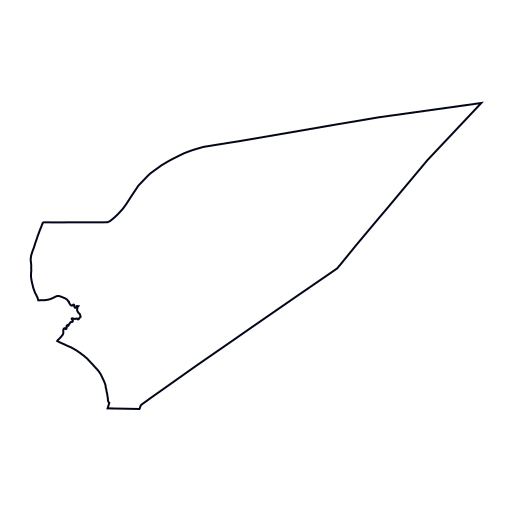 Ma'rib, Ma'rib, Yemen (Mercator projection)
{"feature_id": "15242507B71405176462371", "entity_name": "Ma'rib", "entity_type": "district", "adm_level": 2, "iso_a3": "YEM", "parent_name": "Yemen", "parent_adm1": "Ma'rib", "projection": "mercator", "projection_center": [45.401, 15.638], "detail": "fine", "context": "isolated", "style": "outline", "palette": "ink", "viewbox_px": 512, "rotation_deg": 0, "n_neighbors": 0, "source": "geoboundaries", "source_scale": "gbopen_adm2", "svg_char_len": 5340}
<svg xmlns="http://www.w3.org/2000/svg" viewBox="0 0 512 512"><path d="M43.1,222.2L42.7,223.0L42.5,223.7L42.4,223.7L42.2,224.3L41.9,224.9L41.7,225.6L41.5,226.2L41.2,226.9L41.0,227.5L40.7,228.1L40.4,228.7L40.1,229.7L39.8,230.3L39.5,231.2L39.2,231.9L39.0,232.6L38.6,233.5L38.4,234.1L38.1,235.0L37.8,235.7L37.5,236.4L37.3,237.3L37.1,238.0L35.8,241.6L35.5,242.4L35.2,243.3L35.0,244.0L34.8,244.8L34.5,245.6L34.3,246.4L34.1,247.0L34.0,247.4L33.8,247.9L33.5,248.6L33.2,249.4L32.9,250.1L32.6,251.0L32.4,251.6L32.1,252.4L31.9,253.3L31.5,254.2L31.3,255.1L31.1,255.8L31.0,256.6L30.9,257.4L30.8,258.1L30.7,258.9L30.7,259.5L30.7,260.3L30.8,261.2L30.9,261.9L31.0,262.7L31.1,263.6L31.2,264.4L31.2,265.2L31.2,266.1L31.2,266.8L31.2,267.6L31.2,268.4L31.2,269.2L31.3,270.0L31.3,270.8L31.2,271.5L31.1,272.3L31.1,273.2L31.0,274.1L31.0,274.8L31.0,275.8L31.0,276.5L31.0,277.0L31.1,277.5L31.2,278.3L31.3,279.1L31.5,279.9L31.6,280.7L31.7,281.4L31.9,282.1L32.0,282.8L32.2,283.5L32.4,284.3L32.6,285.0L32.8,285.9L33.0,286.9L33.2,287.6L33.3,288.0L33.4,288.3L33.7,289.1L34.0,289.8L34.2,290.5L34.5,291.3L34.7,291.9L35.0,292.7L35.4,293.4L35.8,294.2L36.2,294.9L36.6,295.7L36.9,296.4L37.2,297.0L37.5,297.6L37.7,298.3L37.9,299.0L38.2,299.8L38.3,300.3L39.0,300.3L39.7,300.3L40.6,300.2L41.3,300.2L42.0,300.2L42.7,300.2L43.5,300.2L44.2,300.2L44.8,300.1L45.5,300.1L46.9,299.9L48.3,299.6L49.6,299.3L50.8,298.9L52.9,298.0L54.5,297.2L55.4,296.7L56.2,296.4L56.9,296.1L57.8,296.0L58.3,296.0L59.1,296.1L60.1,296.3L61.3,296.8L62.4,297.2L63.1,297.5L63.7,297.8L65.1,298.3L66.6,299.3L67.0,299.6L67.4,300.0L67.9,300.7L68.2,301.3L68.5,301.4L68.8,301.6L69.0,301.8L69.0,302.0L69.1,302.8L69.4,303.2L69.7,303.8L70.2,304.5L70.6,304.9L70.9,305.3L71.2,305.4L71.7,305.6L72.1,305.6L72.4,305.4L72.8,305.1L73.1,304.8L73.2,304.7L73.4,304.6L73.7,304.6L73.9,304.7L74.1,304.9L74.2,305.3L74.2,305.8L74.3,306.3L74.3,306.6L74.5,307.0L74.7,307.4L74.8,307.6L75.0,307.7L75.4,307.8L75.6,307.8L75.8,307.7L76.0,307.6L76.2,307.4L76.4,307.1L76.6,306.4L76.6,306.2L76.9,306.0L78.3,306.2L77.6,307.0L77.4,307.3L77.1,310.4L77.2,310.6L77.5,311.3L77.9,311.9L77.9,312.0L78.4,312.7L78.6,313.0L78.9,313.2L79.2,313.5L79.5,313.7L79.7,313.9L79.8,314.1L79.8,314.4L80.2,315.0L80.5,316.2L80.5,316.8L80.4,316.8L78.6,319.2L78.2,319.4L77.8,319.4L77.5,319.2L77.4,318.7L77.1,318.5L76.7,318.5L75.8,318.7L75.6,318.8L75.3,318.9L75.1,319.0L72.2,318.3L71.9,318.4L71.7,318.6L71.8,319.1L72.0,319.6L72.7,320.0L72.8,320.4L72.9,320.9L72.5,321.7L72.1,322.0L70.6,322.2L70.4,322.5L70.0,323.0L69.5,323.5L69.4,323.8L69.2,324.4L69.1,324.6L68.9,324.8L68.5,324.8L68.4,324.8L68.4,325.1L68.4,325.3L68.3,325.6L68.1,325.8L68.0,325.7L67.8,325.5L67.8,325.4L67.7,325.3L67.6,325.2L67.3,325.2L67.0,325.5L66.6,325.9L66.5,326.1L66.5,326.3L66.7,327.2L66.7,327.6L66.5,328.4L66.4,328.7L66.1,328.9L66.0,329.0L65.9,329.1L65.7,329.1L65.4,329.0L65.2,328.8L65.1,328.6L65.0,328.3L65.0,328.2L64.8,328.2L64.6,328.2L64.1,328.4L63.8,328.7L63.5,329.1L63.4,329.5L63.3,329.9L63.3,330.4L63.3,332.7L63.2,333.6L63.1,333.9L63.0,334.2L62.8,334.6L62.4,335.1L61.9,335.7L61.5,336.3L61.1,336.8L60.6,337.3L60.2,337.8L59.7,338.3L59.2,338.8L58.7,339.3L58.1,339.8L57.6,340.4L57.2,341.0L57.6,341.2L58.3,341.6L58.9,341.9L59.5,342.2L60.1,342.5L60.8,342.8L61.4,343.1L62.1,343.4L63.0,343.8L63.6,344.0L64.2,344.3L65.0,344.7L65.6,345.0L66.3,345.3L66.9,345.6L67.8,346.0L68.5,346.3L69.3,346.6L69.9,346.9L70.7,347.2L71.4,347.5L72.0,347.9L72.7,348.3L73.3,348.6L73.9,349.0L74.7,349.4L75.5,349.9L76.1,350.2L76.7,350.6L77.4,351.1L78.0,351.5L78.5,351.9L79.1,352.3L79.9,352.8L80.5,353.2L81.1,353.7L81.6,354.2L82.3,354.6L83.1,355.2L83.6,355.6L84.2,356.0L84.4,356.2L84.8,356.6L85.3,357.1L86.0,357.6L86.7,358.2L87.3,358.7L87.8,359.3L88.4,360.0L89.0,360.6L89.5,361.1L89.9,361.6L90.5,362.2L90.9,362.7L91.4,363.1L91.9,363.7L92.4,364.2L93.0,364.8L93.3,365.2L93.6,365.6L94.2,366.2L94.8,366.9L95.3,367.4L95.7,367.9L96.2,368.4L96.7,368.9L97.1,369.4L97.6,370.0L98.2,370.7L98.8,371.4L99.4,372.2L99.7,372.8L100.2,373.5L100.6,374.1L101.0,374.8L101.4,375.7L101.8,376.5L102.1,377.2L102.5,377.9L102.8,378.7L103.1,379.4L103.5,380.1L103.8,380.7L104.1,381.4L104.3,382.0L104.6,382.7L104.9,383.4L105.2,384.3L105.4,385.0L105.6,385.6L105.6,386.4L105.7,387.1L105.8,387.8L106.0,388.5L106.2,389.2L106.4,389.9L106.4,390.6L106.6,391.3L106.7,392.1L106.9,392.9L107.1,393.6L107.2,394.3L107.3,395.0L107.4,395.6L107.5,396.3L107.6,397.0L107.8,397.8L107.9,398.6L107.9,399.4L107.9,400.1L108.0,400.8L108.3,401.5L108.6,402.1L109.1,402.7L109.3,402.9L107.6,408.4L111.9,408.4L111.9,408.5L119.4,408.6L139.4,409.0L139.6,408.7L140.2,406.9L140.7,405.6L141.4,404.7L152.2,396.9L164.4,388.3L164.8,388.0L195.6,366.2L205.7,359.2L232.2,340.9L250.0,328.5L299.5,294.3L327.8,274.9L337.2,268.4L339.2,265.9L339.8,265.3L356.8,244.4L379.7,217.1L386.1,209.6L404.8,187.2L423.3,165.1L425.8,162.1L427.1,160.5L481.3,103.0L378.8,117.3L335.0,124.7L254.4,138.6L240.9,140.9L215.8,144.9L211.5,145.6L203.5,146.9L202.8,147.1L202.4,147.2L197.2,148.7L192.9,150.0L188.7,151.5L184.5,153.1L180.5,155.0L178.3,156.1L173.7,158.4L172.1,159.2L167.9,161.5L161.5,165.3L154.2,170.6L150.5,173.3L148.0,175.6L138.5,185.5L131.6,195.8L126.2,204.2L122.6,209.1L121.3,210.5L120.8,211.1L120.5,211.4L117.4,214.7L114.2,217.7L112.0,219.5L110.0,221.1L109.1,221.5L107.7,222.2L104.3,222.3L100.8,222.3L91.2,222.3L53.1,222.4L43.3,222.3L43.1,222.3L43.1,222.2Z" fill="none" stroke="#020617" stroke-width="2"/></svg>